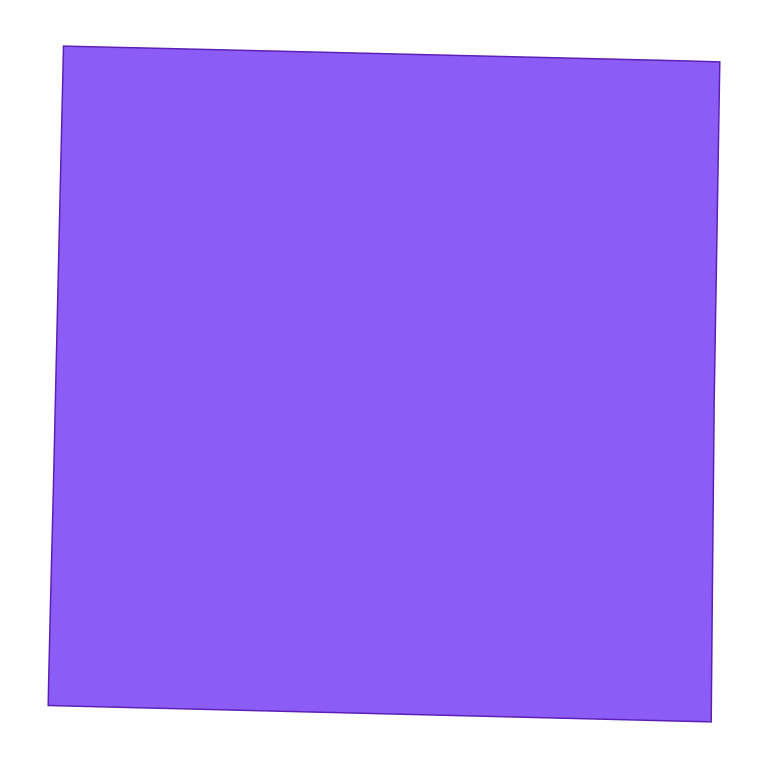 outline of Lawrence, Missouri, United States of America
{"feature_id": "52423323B4731020405921", "entity_name": "Lawrence", "entity_type": "district", "adm_level": 2, "iso_a3": "USA", "parent_name": "United States of America", "parent_adm1": "Missouri", "projection": "mercator", "projection_center": [-93.833, 37.106], "detail": "fine", "context": "isolated", "style": "filled", "palette": "violet", "viewbox_px": 768, "rotation_deg": 0, "n_neighbors": 0, "source": "geoboundaries", "source_scale": "gbopen_adm2", "svg_char_len": 267}
<svg xmlns="http://www.w3.org/2000/svg" viewBox="0 0 768 768"><path d="M689.4,61.0L63.5,46.1L53.3,491.7L50.6,598.8L48.7,678.7L48.2,705.5L127.6,707.5L711.2,721.9L712.4,587.9L714.2,399.7L719.8,61.9L689.4,61.0Z" fill="#8b5cf6" stroke="#5b21b6" stroke-width="1.5"/></svg>